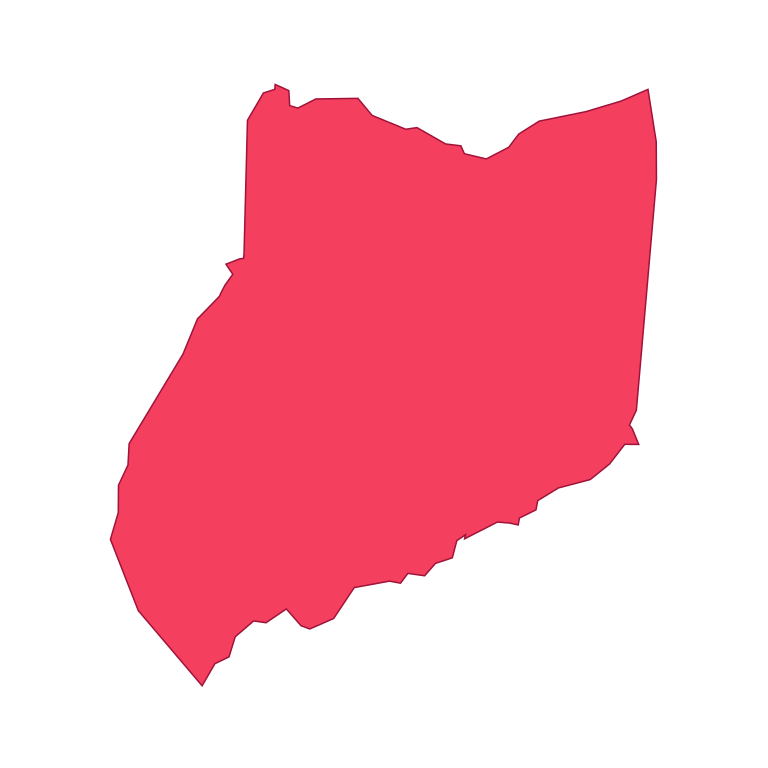 Bladen, North Carolina, United States of America, rotated 95°
{"feature_id": "52423323B8015598177606", "entity_name": "Bladen", "entity_type": "district", "adm_level": 2, "iso_a3": "USA", "parent_name": "United States of America", "parent_adm1": "North Carolina", "projection": "orthographic", "projection_center": [-78.559, 34.612], "detail": "fine", "context": "isolated", "style": "filled", "palette": "rose", "viewbox_px": 768, "rotation_deg": 95, "n_neighbors": 0, "source": "geoboundaries", "source_scale": "gbopen_adm2", "svg_char_len": 1113}
<svg xmlns="http://www.w3.org/2000/svg" viewBox="0 0 768 768"><g transform="rotate(95 384 384)"><path d="M67.5,146.7L81.4,172.3L95.1,206.7L108.6,252.3L123.2,271.5L137.3,280.4L150.9,301.8L147.6,324.0L140.0,328.2L139.5,343.6L125.7,373.5L128.3,384.6L117.5,419.2L101.7,434.9L106.0,476.8L116.6,493.8L114.9,502.2L100.0,504.4L95.1,518.5L100.0,518.5L104.6,529.5L133.2,543.0L266.5,534.8L271.1,534.9L271.9,538.7L278.4,551.9L287.9,544.2L299.3,551.0L306.2,553.9L308.6,554.8L310.0,555.2L310.9,555.6L314.2,558.2L335.4,575.5L371.6,586.8L465.6,632.7L487.1,632.0L508.0,639.7L535.3,637.5L562.6,643.0L631.2,609.0L700.5,538.9L677.4,528.1L669.3,514.6L648.8,510.2L631.4,493.2L632.1,480.7L616.6,461.7L632.1,445.5L634.5,436.6L622.0,413.7L589.4,395.9L579.9,361.3L581.0,350.2L570.6,343.7L571.5,326.8L558.2,317.1L551.2,300.8L533.7,297.8L527.1,289.7L531.2,290.2L511.7,259.1L511.6,246.7L512.7,238.0L505.7,237.4L496.1,221.6L486.8,220.7L472.4,201.3L461.2,170.2L444.0,152.3L423.1,138.9L422.0,125.0L407.0,132.7L403.8,135.5L403.4,135.9L388.1,130.3L156.6,130.4L119.0,133.9L67.5,146.7Z" fill="#f43f5e" stroke="#9f1239" stroke-width="1.5"/></g></svg>